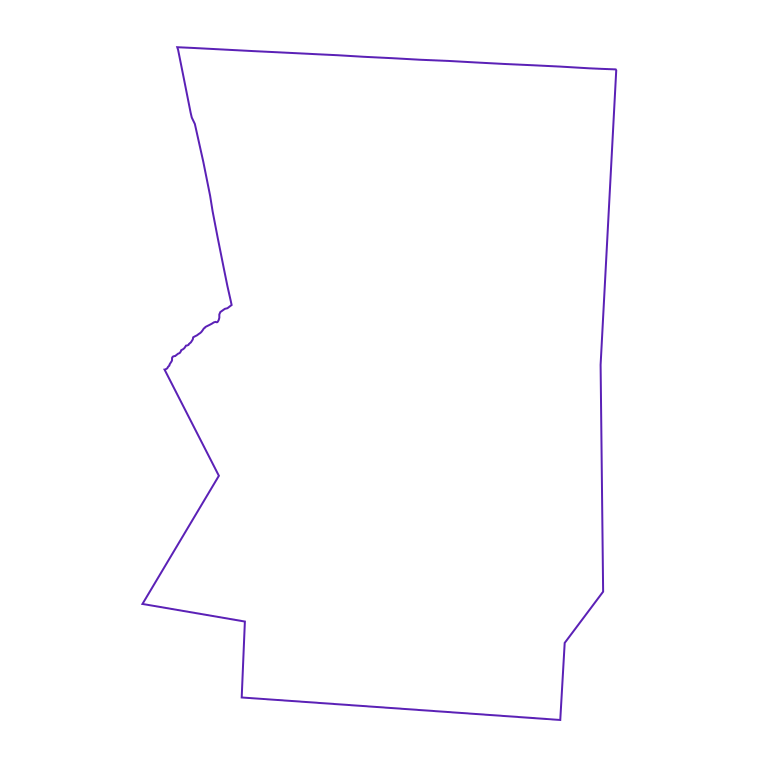 Tin-Essako, Kidal, Mali, rotated 273°
{"feature_id": "8926073B78830545080626", "entity_name": "Tin-Essako", "entity_type": "district", "adm_level": 2, "iso_a3": "MLI", "parent_name": "Mali", "parent_adm1": "Kidal", "projection": "equal_earth", "projection_center": [3.476, 18.561], "detail": "fine", "context": "isolated", "style": "outline", "palette": "violet", "viewbox_px": 768, "rotation_deg": 273, "n_neighbors": 0, "source": "geoboundaries", "source_scale": "gbopen_adm2", "svg_char_len": 1400}
<svg xmlns="http://www.w3.org/2000/svg" viewBox="0 0 768 768"><g transform="rotate(273 384 384)"><path d="M710.3,598.9L710.1,585.2L710.0,572.1L710.2,543.3L710.1,515.3L709.9,487.9L709.9,458.9L710.0,431.7L709.7,402.9L709.8,375.3L709.7,346.9L709.9,320.2L709.8,299.4L709.8,292.5L709.7,260.7L709.6,236.5L709.6,209.3L709.6,199.8L709.6,179.0L709.6,175.1L709.5,159.9L706.9,160.9L679.1,168.0L644.8,176.7L640.0,178.1L633.8,181.5L596.5,191.9L562.9,200.5L547.5,203.8L521.6,210.2L502.4,215.1L491.4,217.9L473.6,222.5L459.0,226.6L454.9,227.7L453.4,225.9L451.5,223.7L450.7,221.1L448.4,218.2L447.3,216.8L444.8,215.9L441.6,216.1L439.3,215.6L437.8,214.9L437.1,214.4L436.9,213.8L437.2,212.5L436.6,210.8L435.2,208.9L433.6,206.2L432.6,204.4L431.6,202.7L430.6,202.0L430.0,201.1L429.0,200.6L427.3,199.5L426.3,198.8L425.2,197.7L424.2,196.3L422.9,194.8L421.4,192.2L420.6,191.0L419.9,190.9L418.5,190.7L415.5,189.0L413.7,187.1L412.8,186.7L412.3,185.7L411.9,184.2L410.9,183.7L409.3,182.7L408.2,181.5L407.1,179.7L405.9,179.4L404.2,178.3L403.5,176.8L402.1,175.2L401.0,174.0L400.9,173.2L400.4,171.9L399.4,171.1L398.4,171.0L396.7,171.1L395.5,170.7L393.5,169.5L392.2,168.8L391.2,168.7L389.9,167.5L388.3,166.7L387.6,165.7L387.0,164.6L386.9,164.1L283.7,223.9L151.7,154.3L139.5,257.5L63.5,258.3L57.7,577.6L134.9,578.0L188.1,613.7L414.5,599.3L709.1,599.5L709.4,599.5L710.3,598.9Z" fill="none" stroke="#5b21b6" stroke-width="2"/></g></svg>